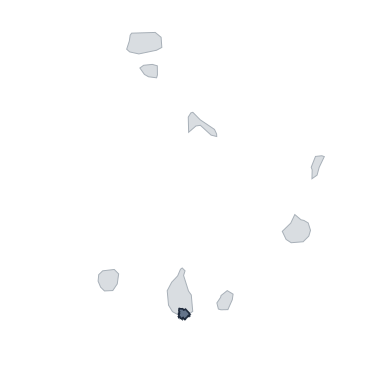 Nossa Senhora Da Graca, Praia, Cabo Verde (highlighted), rotated 26°
{"feature_id": "66160863B19025383966327", "entity_name": "Nossa Senhora Da Graca", "entity_type": "district", "adm_level": 2, "iso_a3": "CPV", "parent_name": "Cabo Verde", "parent_adm1": "Praia", "projection": "robinson", "projection_center": [-23.509, 14.948], "detail": "fine", "context": "in_parent", "style": "filled", "palette": "slate", "viewbox_px": 384, "rotation_deg": 26, "n_neighbors": 0, "source": "geoboundaries", "source_scale": "gbopen_adm2", "svg_char_len": 4041}
<svg xmlns="http://www.w3.org/2000/svg" viewBox="0 0 384 384"><g transform="rotate(26 192 192)"><path d="M245.0,299.0L239.3,308.8L226.9,308.1L220.5,304.0L213.0,291.6L213.3,282.0L215.9,273.7L215.5,266.5L216.5,264.6L220.3,265.9L221.0,270.7L232.3,282.6L236.5,284.9L245.0,299.0ZM83.7,91.2L74.6,93.4L70.7,92.3L69.5,83.8L67.7,78.2L68.1,75.7L89.0,64.7L96.4,66.5L101.5,75.3L98.0,80.1L83.7,91.2ZM294.3,167.2L302.1,169.2L305.0,168.5L310.0,168.9L315.3,174.5L316.3,180.5L313.7,188.0L303.4,194.1L297.4,193.4L290.4,187.8L294.4,176.7L294.3,167.2ZM164.0,315.3L156.7,319.3L151.6,317.6L146.7,313.3L144.4,307.2L146.3,302.0L156.1,295.7L162.0,297.8L165.1,307.4L164.0,315.3ZM184.8,125.9L188.7,129.1L189.9,131.3L184.2,132.5L170.3,128.4L166.6,130.9L162.8,139.8L155.8,126.3L156.3,121.4L157.8,120.0L167.7,123.5L184.8,125.9ZM269.6,285.2L267.0,285.6L263.0,280.8L263.9,274.1L263.5,272.3L266.9,265.2L273.7,265.8L275.4,271.1L275.8,282.0L269.6,285.2ZM110.1,104.9L102.4,107.5L97.7,107.2L90.8,103.4L93.0,99.3L100.4,94.7L105.5,93.8L109.6,101.9L110.1,104.9ZM297.0,122.0L294.0,127.5L290.3,119.4L288.3,117.5L287.4,105.9L292.8,102.5L295.4,102.2L295.5,114.1L297.0,122.0Z" fill="#d9dde1" stroke="#a8b0b8" stroke-width="1"/><path d="M239.6,301.0L239.4,300.8L239.2,300.7L238.9,300.7L238.7,300.5L238.3,300.5L238.2,300.5L238.1,300.4L237.8,300.2L237.8,300.3L237.8,300.5L237.5,300.6L237.4,300.5L237.2,300.7L237.2,300.9L237.1,301.0L236.9,300.8L236.7,300.9L236.5,301.1L236.5,301.3L236.4,301.3L236.4,301.5L236.2,301.7L236.0,301.4L235.8,301.5L235.7,301.5L235.5,301.2L235.3,301.2L235.2,301.1L234.8,301.1L234.5,301.3L234.3,301.2L234.2,301.3L234.1,301.5L233.9,301.5L233.6,301.6L233.5,301.8L233.4,301.8L232.9,301.9L232.9,302.0L232.7,302.0L232.4,302.2L232.0,302.2L231.8,302.3L231.6,302.2L231.5,302.3L231.6,302.5L231.7,302.8L231.6,303.0L231.8,303.3L231.9,303.5L232.0,303.5L232.0,303.8L232.1,304.0L232.1,304.3L232.4,304.6L232.6,304.6L232.8,304.8L232.8,305.0L233.1,305.0L233.1,305.3L233.4,305.3L233.4,305.5L233.5,305.8L233.5,306.0L233.3,306.3L233.2,306.5L233.3,306.5L233.5,306.6L233.4,306.7L233.4,306.8L233.3,307.0L233.5,307.3L233.4,307.4L233.5,307.6L233.6,307.9L233.9,307.9L234.1,307.7L234.1,307.8L234.2,308.2L234.3,308.3L234.2,308.4L234.3,308.5L234.5,308.8L234.4,308.9L234.5,309.2L234.4,309.4L234.4,309.6L234.3,309.8L234.5,309.9L234.6,310.1L234.8,310.3L234.8,310.2L235.0,310.2L234.9,310.2L235.1,310.1L235.3,310.1L235.5,310.0L235.6,309.9L235.6,310.0L235.8,310.0L236.0,310.0L236.3,310.2L236.4,310.3L236.4,310.2L236.5,310.3L236.8,310.2L237.0,310.2L237.3,310.2L237.4,310.3L237.5,310.2L237.8,310.1L237.9,310.3L238.1,310.4L238.1,310.2L238.3,310.1L238.5,310.2L238.5,310.3L238.6,310.5L238.8,310.6L238.7,310.3L238.7,310.2L238.8,310.1L238.7,310.0L238.8,309.9L238.8,309.6L238.7,309.4L238.7,309.2L238.8,309.2L238.9,308.9L239.0,308.9L239.2,308.7L239.3,308.8L239.4,308.6L239.3,308.8L239.5,309.0L239.7,309.3L239.6,309.2L239.6,309.3L239.9,309.5L240.1,309.5L240.3,309.4L240.3,309.6L240.5,309.6L240.6,309.4L240.8,309.3L241.0,309.5L241.1,309.4L241.3,309.5L241.3,309.9L241.5,309.9L241.7,309.6L241.7,309.4L241.8,309.4L241.8,309.2L241.7,309.1L241.8,309.0L241.7,308.9L241.7,308.7L241.8,308.7L241.8,308.4L241.7,308.3L241.7,308.1L241.9,308.0L241.9,307.8L242.0,307.8L242.0,307.7L242.3,307.4L242.4,307.2L242.3,306.9L242.3,306.7L242.4,306.4L242.5,306.3L242.5,306.1L242.8,306.1L242.9,305.9L243.0,305.8L243.0,305.7L243.2,305.4L243.2,305.2L242.9,305.1L242.7,305.0L242.7,304.8L242.8,304.7L242.9,304.9L243.0,304.9L243.3,304.7L243.5,304.5L243.6,304.4L243.7,304.5L243.7,304.3L243.8,304.3L243.7,304.2L243.8,304.3L243.8,304.2L243.8,303.9L244.0,303.9L244.0,303.7L243.9,303.6L243.7,303.7L243.5,303.4L243.4,303.3L243.5,303.3L243.4,303.0L243.5,302.9L243.7,302.7L243.3,302.6L243.0,302.4L242.8,302.4L242.5,301.9L242.4,301.9L241.9,301.9L241.7,301.8L241.5,301.6L241.3,301.6L241.2,301.5L241.0,301.4L240.7,301.5L240.4,301.5L240.3,301.4L240.1,301.3L240.1,301.1L239.8,301.0L239.7,301.0L239.6,301.0ZM239.0,309.5L238.9,309.6L239.0,309.7L239.0,309.8L239.1,310.0L239.2,309.9L239.0,309.5Z" fill="#64748b" stroke="#1e293b" stroke-width="1.5"/></g></svg>